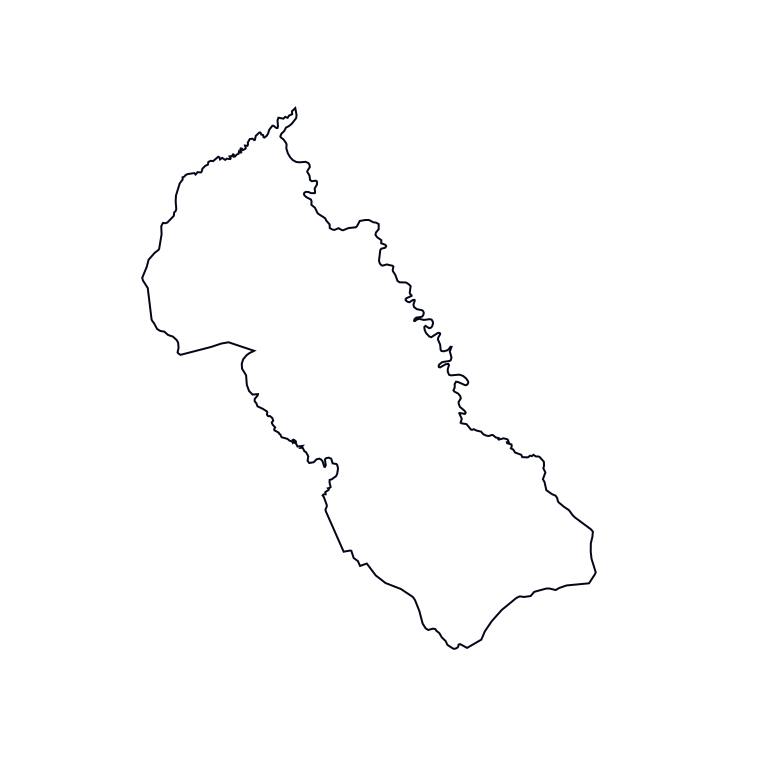 the district of Duc Linh, Bình Thuận, Vietnam, rotated 120°
{"feature_id": "81297802B10372149063277", "entity_name": "Duc Linh", "entity_type": "district", "adm_level": 2, "iso_a3": "VNM", "parent_name": "Vietnam", "parent_adm1": "Bình Thuận", "projection": "mercator", "projection_center": [107.507, 11.194], "detail": "fine", "context": "isolated", "style": "outline", "palette": "ink", "viewbox_px": 768, "rotation_deg": 120, "n_neighbors": 0, "source": "geoboundaries", "source_scale": "gbopen_adm2", "svg_char_len": 6166}
<svg xmlns="http://www.w3.org/2000/svg" viewBox="0 0 768 768"><g transform="rotate(120 384 384)"><path d="M406.4,132.1L404.2,151.3L403.4,154.8L400.8,160.7L400.4,166.5L399.2,173.5L398.5,174.9L396.3,176.8L394.9,179.6L395.4,183.3L394.8,190.3L388.7,195.9L387.0,198.8L379.9,200.0L377.3,203.9L374.8,204.5L371.4,206.7L369.4,212.7L369.6,214.2L370.8,216.2L370.6,219.2L372.6,219.9L373.1,221.7L375.6,222.7L378.2,227.7L376.7,229.7L377.8,236.2L376.2,239.2L376.3,241.9L374.3,242.1L372.6,243.4L373.7,247.7L373.1,248.3L372.6,246.6L372.2,246.6L370.4,248.9L370.3,249.9L371.2,253.2L374.8,256.9L374.6,257.5L373.5,257.8L374.4,260.4L373.8,264.0L374.3,265.2L376.6,267.2L377.5,269.3L377.9,272.9L376.7,276.1L378.1,280.7L378.2,283.5L379.6,284.8L380.0,285.9L377.5,292.5L379.3,297.2L379.2,298.3L375.3,299.2L371.7,304.2L371.2,303.9L369.5,299.0L368.0,298.9L366.9,300.8L365.9,306.7L364.0,309.2L362.3,310.4L358.0,310.3L356.3,312.0L355.2,315.0L355.4,319.0L354.9,320.6L351.7,321.0L348.8,322.7L346.1,322.8L345.3,321.2L344.4,312.9L343.4,311.9L341.9,311.5L340.5,311.8L339.6,312.6L338.1,315.7L337.5,319.5L337.8,321.6L338.4,323.7L343.1,330.4L343.5,332.2L341.6,334.8L339.3,336.2L335.1,337.2L334.4,338.4L336.2,340.6L341.6,343.7L341.9,344.9L340.9,345.8L339.5,345.9L335.9,344.5L331.1,338.6L329.9,338.1L327.3,338.8L322.9,343.3L318.1,344.1L318.5,345.0L321.7,345.4L323.4,346.2L325.8,348.6L326.7,350.8L326.1,352.0L321.9,355.0L318.5,359.5L316.8,360.2L312.6,360.3L312.0,361.1L312.2,362.1L313.3,363.1L319.9,366.5L320.2,368.6L318.9,373.0L316.7,376.0L314.4,377.6L312.9,377.1L313.1,372.8L311.6,371.4L309.7,371.2L307.1,371.8L305.6,372.9L304.5,374.9L304.9,376.7L308.6,381.5L310.0,386.2L311.8,387.8L314.1,388.7L314.2,389.6L312.3,390.0L310.3,389.2L307.4,385.4L306.2,384.6L304.3,384.5L302.4,385.2L301.3,386.5L301.1,387.9L302.8,393.2L302.3,396.5L300.4,398.3L296.6,399.0L295.9,399.6L296.9,401.0L300.5,402.8L301.0,404.8L300.7,407.1L299.7,407.7L298.4,407.4L294.0,404.2L293.4,404.5L293.0,406.3L292.0,407.4L285.9,409.9L285.2,412.6L285.1,415.7L288.1,421.3L288.0,423.8L283.9,428.7L281.8,432.7L280.9,433.5L277.7,434.5L277.3,435.6L279.1,441.4L282.2,444.4L282.4,445.7L281.8,447.8L279.7,450.0L269.8,454.2L268.2,454.0L265.4,451.1L263.5,451.0L262.8,452.4L263.5,456.8L260.8,458.2L260.3,463.4L259.1,466.0L256.8,466.7L252.6,466.0L248.1,468.6L248.3,471.8L249.3,474.1L249.5,479.1L251.2,482.0L254.9,486.5L260.9,486.3L262.5,486.9L266.6,492.6L271.4,496.4L271.8,497.7L271.8,501.3L275.3,503.9L276.0,505.8L276.1,508.9L273.0,510.9L271.4,515.6L269.9,517.9L269.5,525.8L269.1,527.2L265.9,531.9L265.1,536.5L262.0,538.1L260.8,539.5L261.0,544.9L260.3,547.5L259.4,548.4L258.0,548.6L256.5,547.5L255.5,545.4L255.2,542.7L253.3,539.4L252.4,539.5L249.4,541.8L244.7,541.8L242.1,543.4L242.0,544.7L244.5,547.9L244.3,550.0L240.7,552.8L238.7,556.5L237.8,556.9L233.2,556.7L231.1,558.5L230.5,560.0L230.8,563.0L234.3,568.0L235.6,571.1L235.7,574.9L234.6,578.6L232.3,582.6L228.9,586.3L225.2,588.2L224.3,589.3L222.5,593.2L222.0,596.7L221.4,597.6L218.7,598.0L214.8,596.9L211.0,597.1L208.2,595.3L204.8,594.0L197.8,593.0L194.8,594.2L189.4,598.8L193.8,600.1L196.3,598.4L198.9,600.4L201.7,600.6L202.0,603.1L204.5,603.8L206.2,608.6L209.0,608.0L213.8,604.7L215.5,604.2L216.1,605.1L215.6,608.9L216.2,609.8L221.3,610.5L225.1,609.6L227.7,609.7L230.3,610.7L230.5,611.7L228.9,613.1L229.3,615.0L228.2,616.4L228.1,617.2L228.8,617.8L233.2,619.1L237.2,617.9L237.7,618.3L237.3,620.5L238.9,622.7L242.9,622.7L244.7,621.5L246.0,621.4L247.0,623.6L248.7,621.7L249.7,621.7L252.1,623.3L251.2,625.1L251.7,625.9L252.6,625.8L254.8,623.5L255.4,624.0L255.1,625.9L257.3,625.1L259.0,626.3L261.7,626.9L262.3,627.9L260.5,628.8L260.5,629.5L262.5,629.7L264.1,631.5L265.0,629.7L266.0,629.6L267.5,632.8L269.3,633.6L269.1,637.2L271.5,638.3L270.0,639.9L270.1,641.2L276.4,643.4L277.4,645.7L279.5,647.1L282.2,646.2L284.3,647.8L288.2,648.9L291.3,648.1L292.3,648.3L293.8,651.4L296.8,651.9L296.2,653.7L300.1,658.7L302.0,660.2L304.4,660.7L305.7,661.8L307.6,660.6L312.4,661.2L324.8,658.4L329.9,655.8L336.3,651.4L338.4,650.9L340.3,651.5L343.4,650.1L352.4,652.3L354.1,653.7L354.9,655.9L356.4,656.0L358.9,655.7L365.5,651.5L379.4,646.3L380.5,646.3L385.1,648.2L394.0,650.0L401.4,648.0L412.9,646.5L414.9,644.5L419.0,636.6L444.4,617.5L445.3,616.1L446.4,613.5L449.8,608.0L449.9,604.3L448.5,600.4L449.5,595.4L448.5,590.5L449.6,585.5L451.2,582.9L455.4,580.0L459.8,578.6L460.3,577.7L460.5,574.8L438.4,552.3L430.2,545.0L425.6,539.5L420.2,513.1L424.4,515.9L427.7,517.4L433.0,518.3L437.6,517.3L441.7,514.6L445.4,507.8L453.4,502.3L457.5,497.4L458.9,492.6L455.8,488.1L457.1,487.7L461.5,488.5L463.6,487.4L464.6,484.8L466.6,482.4L466.1,476.7L466.3,471.7L466.9,470.9L469.0,470.1L469.6,469.1L469.7,468.0L468.8,466.8L469.3,463.7L471.2,461.6L473.3,462.0L473.9,461.6L475.0,459.8L476.0,456.6L478.0,456.5L478.9,455.8L478.8,450.8L479.5,450.0L479.6,448.5L481.3,446.1L479.8,440.2L480.3,437.2L479.7,435.2L480.6,433.4L479.7,433.2L478.1,435.0L477.5,434.6L477.4,433.6L477.8,431.6L478.4,431.2L479.5,431.9L479.7,430.2L481.4,427.6L478.4,423.7L481.0,424.3L479.9,422.5L482.0,419.4L482.0,417.7L482.8,416.1L484.5,413.4L488.7,411.8L489.8,409.2L486.9,405.8L483.0,404.8L481.0,402.7L480.9,400.7L481.6,398.6L485.5,394.4L485.4,393.7L483.5,393.8L478.9,397.4L477.2,397.1L475.4,395.0L475.1,392.4L478.4,388.8L477.1,385.2L477.8,383.7L480.1,381.6L485.0,379.7L487.6,379.4L492.5,381.5L494.3,383.1L496.7,381.8L499.9,378.7L501.1,379.1L502.3,380.3L502.6,379.2L503.4,379.0L507.0,380.8L508.7,379.4L509.9,381.2L511.1,381.5L512.1,379.4L517.3,373.2L518.6,372.3L522.0,371.9L523.2,370.9L549.4,335.1L545.2,330.1L544.8,328.9L549.9,323.2L550.4,318.1L553.5,313.8L548.1,309.1L553.9,295.5L555.6,283.2L553.1,266.9L554.0,252.5L555.7,249.0L562.9,239.9L572.2,230.7L574.8,225.7L574.9,222.7L571.4,219.3L570.6,217.0L571.5,215.3L572.1,211.5L574.6,207.1L575.8,202.1L578.2,198.7L578.6,192.2L578.2,190.6L576.3,188.9L574.4,188.4L572.4,189.1L571.2,188.0L571.0,180.1L556.7,171.9L547.7,173.0L535.5,172.1L520.9,169.1L503.1,162.4L500.0,160.2L498.5,156.4L494.3,151.0L488.9,150.0L479.9,141.1L478.4,138.5L476.6,132.3L473.1,130.3L467.2,125.2L454.1,106.8L443.2,106.2L441.2,106.5L431.6,116.9L425.9,121.1L418.6,125.2L411.9,127.2L407.4,129.3L406.4,132.1Z" fill="none" stroke="#020617" stroke-width="2"/></g></svg>